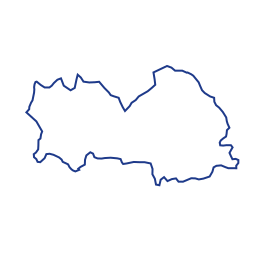 Uiseong-gun, North Gyeongsang, South Korea, rotated 345°
{"feature_id": "91817680B75376031789242", "entity_name": "Uiseong-gun", "entity_type": "district", "adm_level": 2, "iso_a3": "KOR", "parent_name": "South Korea", "parent_adm1": "North Gyeongsang", "projection": "orthographic", "projection_center": [128.598, 36.353], "detail": "fine", "context": "isolated", "style": "outline", "palette": "blue", "viewbox_px": 256, "rotation_deg": 345, "n_neighbors": 0, "source": "geoboundaries", "source_scale": "gbopen_adm2", "svg_char_len": 1973}
<svg xmlns="http://www.w3.org/2000/svg" viewBox="0 0 256 256"><g transform="rotate(345 128 128)"><path d="M33.9,86.6L41.2,97.9L44.2,109.1L42.4,111.6L40.7,115.5L38.4,116.5L36.9,121.7L35.7,125.4L32.7,127.9L30.2,128.9L29.8,131.2L29.7,131.9L31.4,134.3L31.9,137.3L34.4,138.3L39.6,135.6L42.4,132.1L45.6,132.6L49.1,134.6L53.8,138.6L55.7,141.3L56.2,143.8L59.2,146.3L60.7,147.6L61.4,150.8L62.7,153.3L63.9,154.8L65.9,156.3L70.0,155.8L69.4,154.5L72.1,153.3L76.8,152.2L78.3,147.5L80.7,143.7L85.3,141.7L87.6,143.7L88.0,147.5L90.7,149.5L94.6,150.7L97.7,151.0L103.5,152.2L109.7,154.5L112.8,156.1L113.2,159.6L114.0,161.5L117.5,161.9L124.8,162.3L129.9,163.9L135.3,165.4L140.7,168.1L141.1,173.9L139.6,179.0L140.8,184.0L140.4,189.9L143.5,191.4L146.2,186.4L150.1,184.8L152.4,189.5L157.1,188.7L161.3,189.1L162.9,192.9L167.2,194.1L176.1,192.9L180.0,194.1L183.1,196.0L187.7,196.4L194.3,196.0L198.2,192.1L200.5,188.2L203.6,187.4L208.3,188.2L211.8,190.9L214.5,192.8L222.2,194.9L222.8,192.4L225.5,190.4L226.3,187.5L224.0,185.7L220.8,185.2L220.1,181.5L219.6,178.3L221.8,176.0L224.0,173.8L223.0,171.3L218.8,170.1L215.3,169.6L212.6,168.6L212.8,165.9L214.3,164.1L217.3,162.7L220.5,161.6L221.7,159.2L223.0,155.7L226.0,154.0L225.3,149.8L225.2,147.0L225.6,143.2L223.7,137.0L221.3,131.9L219.0,128.8L218.2,125.0L219.0,121.1L215.5,118.8L211.2,114.1L209.3,110.7L208.5,105.6L208.1,102.2L204.6,94.4L203.0,92.5L199.9,89.8L199.1,89.8L195.3,86.7L188.3,84.8L185.6,80.9L181.7,78.2L167.0,80.9L166.3,87.9L165.5,93.3L161.6,95.3L156.6,97.6L146.5,100.3L142.7,103.0L138.0,104.6L135.3,107.3L129.5,110.8L128.3,106.5L127.2,100.7L126.8,96.4L122.5,93.7L119.8,91.8L118.7,88.7L115.6,83.3L112.1,75.9L107.8,75.2L102.4,74.0L97.0,71.7L95.5,67.0L93.2,63.5L90.8,67.8L86.9,75.5L82.3,76.7L76.9,70.5L76.1,62.7L72.3,63.1L68.0,65.4L65.3,67.4L62.6,68.5L58.0,67.3L54.9,63.9L51.8,59.6L50.6,59.6L49.1,61.5L47.9,64.2L47.5,66.5L46.4,69.6L42.9,76.6L40.9,78.5L38.2,82.0L37.4,84.3L33.9,86.6Z" fill="none" stroke="#1e3a8a" stroke-width="2"/></g></svg>